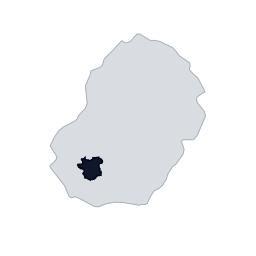 Radovish, Radoviš, North Macedonia shown in context, rotated 138°
{"feature_id": "65306769B69057078753294", "entity_name": "Radovish", "entity_type": "district", "adm_level": 2, "iso_a3": "MKD", "parent_name": "North Macedonia", "parent_adm1": "Radoviš", "projection": "equal_earth", "projection_center": [22.502, 41.651], "detail": "fine", "context": "in_parent", "style": "filled", "palette": "ink", "viewbox_px": 256, "rotation_deg": 138, "n_neighbors": 0, "source": "geoboundaries", "source_scale": "gbopen_adm2", "svg_char_len": 2497}
<svg xmlns="http://www.w3.org/2000/svg" viewBox="0 0 256 256"><g transform="rotate(138 128 128)"><path d="M116.8,69.0L120.7,69.5L129.1,67.2L134.4,64.0L137.1,63.5L140.6,62.3L145.7,62.4L150.9,63.8L157.5,62.0L164.0,59.0L166.6,59.7L169.4,62.3L171.2,63.0L182.0,76.5L187.9,82.0L194.8,86.2L202.7,89.2L205.6,92.2L210.7,106.6L213.1,112.1L216.5,113.8L217.3,115.3L217.4,117.4L213.7,127.6L212.2,150.5L211.2,152.3L207.3,152.2L202.0,152.7L200.0,154.5L197.9,166.8L189.4,170.3L181.6,172.3L175.1,171.9L163.7,168.9L160.0,168.6L156.8,170.3L146.6,171.2L142.1,173.3L131.5,187.8L120.8,192.7L117.2,195.3L109.0,192.1L105.1,191.7L99.4,195.4L87.1,195.8L83.7,196.4L74.2,197.0L73.8,195.0L72.1,192.1L67.6,190.8L58.5,191.9L56.3,189.8L52.7,177.5L49.8,175.6L46.6,171.4L41.2,158.1L41.1,152.3L41.5,147.2L38.6,135.3L40.5,132.3L43.4,130.4L43.4,125.7L42.7,118.4L46.2,104.1L47.1,103.1L48.0,103.8L56.1,104.9L58.2,103.1L59.6,100.3L60.1,89.9L62.1,85.1L81.8,76.0L87.5,75.6L91.9,79.8L95.4,82.5L97.5,82.4L98.3,79.7L100.7,74.5L104.8,71.6L116.7,69.0L116.8,69.0Z" fill="#d9dde1" stroke="#a8b0b8" stroke-width="1"/><path d="M191.7,116.4L191.1,115.5L190.9,114.4L189.9,114.6L189.3,114.2L188.7,113.3L186.6,112.5L185.9,112.8L185.4,112.6L185.0,112.9L184.6,112.9L184.0,113.2L183.5,113.0L183.3,113.1L183.0,112.9L182.7,113.1L182.5,112.9L182.1,112.9L181.2,111.9L180.8,111.9L180.1,111.6L179.7,111.0L178.7,112.2L177.7,112.8L177.3,113.8L177.8,113.8L177.6,114.9L176.8,116.2L176.2,116.3L176.0,118.1L175.6,118.7L175.1,118.8L174.9,119.0L174.9,118.8L174.7,120.0L174.2,120.6L171.9,120.3L171.6,119.7L170.4,119.5L169.3,120.3L169.2,120.8L168.8,121.2L169.0,122.5L168.8,123.2L169.1,123.6L169.6,123.8L170.0,124.9L169.2,125.6L169.3,125.9L170.8,126.7L171.0,127.1L171.9,127.3L172.5,128.1L172.7,127.8L173.2,128.1L173.2,128.6L173.9,129.4L175.0,128.3L176.6,128.9L178.0,129.0L178.5,129.5L179.0,131.0L179.8,131.3L179.9,131.8L180.7,132.7L180.4,134.0L179.7,134.8L181.4,134.7L182.8,135.5L182.9,135.9L183.3,136.0L183.6,135.7L183.9,135.2L183.4,134.6L183.5,133.9L184.6,133.0L185.1,132.0L186.0,131.3L186.3,131.9L186.7,132.1L187.0,132.5L187.8,132.6L188.1,132.9L188.0,133.2L189.4,134.4L189.6,134.5L190.3,134.0L190.4,132.8L190.9,132.0L190.4,130.5L190.5,130.2L190.4,129.6L190.3,129.4L189.5,129.4L188.8,129.0L189.3,128.2L189.1,128.2L188.4,126.6L190.1,124.5L190.8,124.7L191.0,124.5L192.0,124.4L192.1,123.0L191.9,122.1L192.4,121.6L192.4,120.6L192.8,120.5L193.4,119.9L193.1,119.4L192.9,119.4L192.8,119.0L192.2,119.0L191.7,116.4Z" fill="#0f172a" stroke="#020617" stroke-width="1.5"/></g></svg>